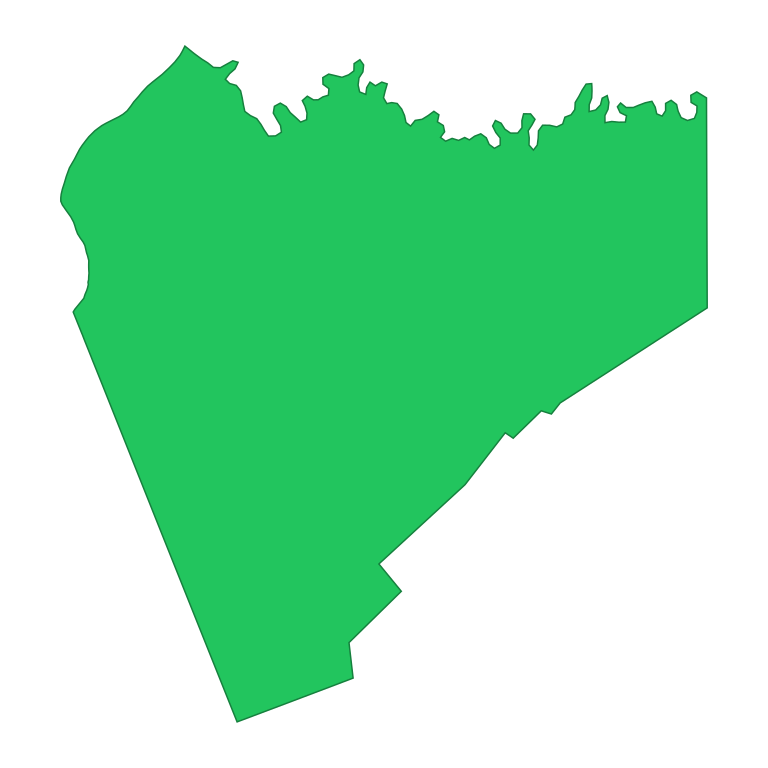 outline of Montecarlo, Misiones, Argentina
{"feature_id": "61730980B57669558110084", "entity_name": "Montecarlo", "entity_type": "district", "adm_level": 2, "iso_a3": "ARG", "parent_name": "Argentina", "parent_adm1": "Misiones", "projection": "mercator", "projection_center": [-54.553, -26.697], "detail": "fine", "context": "isolated", "style": "filled", "palette": "green", "viewbox_px": 768, "rotation_deg": 0, "n_neighbors": 0, "source": "geoboundaries", "source_scale": "gbopen_adm2", "svg_char_len": 3765}
<svg xmlns="http://www.w3.org/2000/svg" viewBox="0 0 768 768"><path d="M706.5,97.9L696.8,91.9L690.8,95.3L691.1,102.4L696.3,105.5L697.0,106.0L697.0,106.6L696.8,112.4L694.4,118.4L687.5,120.5L682.6,118.3L681.1,117.6L678.2,111.4L677.6,109.1L676.6,104.5L671.1,100.3L665.6,103.4L665.6,110.7L662.1,116.1L657.3,114.1L656.7,113.8L655.3,107.5L655.2,107.1L651.9,101.3L645.2,102.8L639.1,105.1L638.8,105.2L633.3,107.5L626.1,107.5L620.6,103.0L617.4,106.8L620.1,112.6L623.9,114.5L626.5,115.7L626.3,116.7L625.4,122.1L618.8,122.2L611.8,121.5L607.8,122.2L607.7,122.2L605.0,122.7L604.9,115.6L608.0,109.3L608.9,102.3L608.1,99.3L607.2,95.6L602.2,98.2L600.5,104.9L595.7,110.0L589.1,111.6L589.2,107.7L589.2,104.7L591.7,98.0L592.0,90.9L591.9,86.8L591.7,83.6L586.1,84.1L582.2,90.1L578.9,96.4L575.2,102.5L575.0,107.0L574.9,107.9L574.8,109.6L571.1,114.8L564.9,117.2L562.7,124.0L556.8,126.9L549.8,125.3L542.6,125.2L538.5,130.8L538.2,138.0L537.3,145.1L533.4,150.1L532.7,149.3L529.0,145.0L529.2,137.9L528.2,130.8L532.0,124.9L534.5,120.3L535.0,119.3L530.6,113.9L523.6,113.8L521.9,120.6L522.0,127.7L517.7,133.1L510.5,133.1L504.9,129.2L501.1,123.2L495.4,120.5L492.6,126.0L495.8,132.5L497.3,134.4L500.2,138.0L500.2,141.6L500.2,145.1L494.4,148.3L489.8,144.9L489.2,144.4L488.9,143.8L486.3,137.8L480.8,133.8L474.6,136.2L469.4,139.9L464.7,137.5L458.6,140.4L452.1,138.4L451.9,138.5L445.6,141.2L440.5,137.4L442.2,135.0L444.6,131.8L443.3,125.5L441.9,124.6L437.4,121.8L438.0,119.2L438.9,114.8L433.9,111.3L428.1,115.6L422.1,119.3L415.2,120.4L410.6,126.1L406.0,122.5L404.5,115.5L401.7,109.1L398.6,105.3L398.3,104.9L397.2,103.5L391.7,102.6L386.8,103.6L386.4,102.8L383.5,97.8L385.2,90.8L385.3,90.5L387.2,83.9L381.8,82.1L375.4,85.8L370.0,82.1L366.7,87.6L365.8,94.4L362.5,93.1L359.6,91.9L358.1,85.0L359.0,77.9L362.9,71.9L363.5,66.3L363.6,64.9L359.9,59.7L354.1,63.6L353.9,70.9L348.7,74.8L342.0,77.3L335.5,75.7L328.7,74.1L322.8,77.6L323.0,84.3L324.6,85.4L328.9,88.6L328.6,92.3L328.4,95.2L322.8,96.9L318.2,99.8L313.5,99.9L307.3,96.2L302.3,100.6L304.1,104.3L305.1,106.3L307.0,113.1L306.6,119.7L300.6,122.1L295.5,117.3L290.2,112.6L286.2,106.6L280.3,103.1L274.4,106.3L273.3,113.1L276.8,119.3L280.5,125.5L281.2,130.3L281.4,132.2L275.6,135.9L268.5,136.1L268.0,135.5L264.4,130.3L260.9,124.3L256.9,118.9L256.8,118.7L250.4,115.6L244.8,111.4L243.4,104.8L242.2,97.8L240.6,90.8L238.9,88.7L236.3,85.4L229.6,83.5L226.5,80.4L225.3,79.3L229.6,73.6L235.0,68.9L237.5,63.7L238.1,62.3L232.8,60.8L226.5,64.3L220.4,67.7L219.8,67.7L213.4,67.4L207.8,62.9L201.9,59.2L198.3,56.6L194.8,54.0L194.7,54.0L187.8,48.4L186.4,47.3L184.9,46.1L182.2,51.5L179.9,55.5L174.9,61.9L169.2,67.8L162.2,74.4L152.6,82.0L147.6,86.2L142.1,92.1L138.6,96.4L133.7,102.0L131.0,105.9L127.2,110.8L123.1,114.2L118.8,116.8L111.0,120.7L105.9,123.3L101.8,125.6L97.7,128.6L94.8,130.8L91.8,133.8L88.9,136.7L86.1,140.2L82.3,145.2L79.7,149.1L76.8,154.6L74.4,159.3L72.7,162.2L69.4,167.9L66.3,176.4L64.4,182.9L62.4,189.1L61.2,194.2L60.8,197.9L60.8,201.2L62.3,204.8L65.9,210.0L70.7,216.7L73.6,222.1L74.8,225.5L75.9,229.3L77.6,233.8L80.5,238.4L83.1,242.0L84.1,243.9L84.9,245.5L86.5,252.5L86.7,253.2L87.5,255.5L88.8,260.6L88.7,264.4L88.7,267.5L88.8,270.2L89.0,273.1L88.7,276.6L88.6,279.7L88.0,282.2L88.3,284.6L87.5,288.0L86.7,290.5L85.0,294.5L83.8,298.3L82.9,299.4L74.9,309.2L73.2,312.0L73.5,312.8L75.0,316.5L81.6,332.9L82.2,334.3L84.8,341.0L91.1,356.7L92.7,360.8L93.4,362.5L102.4,384.9L108.3,399.7L160.7,531.0L237.1,721.9L300.8,697.9L343.1,681.9L346.6,680.6L353.1,678.1L349.9,650.5L349.0,642.6L397.0,595.5L401.3,591.3L378.9,564.0L381.0,562.0L385.8,557.6L465.0,484.7L505.2,432.8L509.9,435.9L513.2,438.2L514.5,436.9L541.3,410.8L544.6,411.9L551.4,414.0L560.1,403.0L560.2,402.9L704.4,309.7L707.2,307.9L706.5,101.1L706.5,97.9Z" fill="#22c55e" stroke="#15803d" stroke-width="1.5"/></svg>